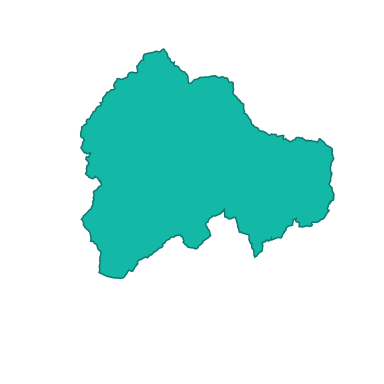 the district of Huong Son, Ha Tinh, Vietnam, rotated 30°
{"feature_id": "81297802B24299836434530", "entity_name": "Huong Son", "entity_type": "district", "adm_level": 2, "iso_a3": "VNM", "parent_name": "Vietnam", "parent_adm1": "Ha Tinh", "projection": "robinson", "projection_center": [105.339, 18.446], "detail": "fine", "context": "isolated", "style": "filled", "palette": "teal", "viewbox_px": 384, "rotation_deg": 30, "n_neighbors": 0, "source": "geoboundaries", "source_scale": "gbopen_adm2", "svg_char_len": 5948}
<svg xmlns="http://www.w3.org/2000/svg" viewBox="0 0 384 384"><g transform="rotate(30 192 192)"><path d="M315.4,122.5L312.9,120.9L311.0,118.2L309.5,118.0L306.8,116.8L306.5,116.1L306.8,115.1L306.5,114.6L306.5,112.7L305.7,112.0L304.7,109.5L304.3,106.9L303.7,106.9L303.3,105.3L302.5,105.6L301.6,104.6L299.5,101.6L299.1,99.5L298.1,97.3L298.0,94.8L298.3,93.6L297.8,91.8L296.6,91.3L294.8,89.1L294.1,89.3L293.4,87.1L292.5,86.7L292.8,85.6L291.6,84.5L290.2,84.1L284.7,84.3L281.2,82.9L279.7,82.5L279.0,82.7L276.8,81.9L275.8,82.1L275.9,86.3L273.8,86.4L271.3,87.6L269.3,87.8L268.3,89.0L266.2,89.3L266.1,90.6L261.3,90.3L260.2,89.9L259.5,91.1L257.6,91.2L255.6,92.3L255.0,92.9L255.0,94.3L254.2,96.4L253.5,96.8L252.2,99.4L251.4,99.7L250.3,99.1L248.2,99.6L246.5,98.8L245.8,100.2L244.6,100.7L244.2,100.2L243.5,97.5L242.7,97.3L237.8,101.5L236.0,100.1L233.9,101.4L231.7,102.1L231.3,103.0L231.0,104.4L226.3,103.7L224.6,103.7L223.7,104.0L222.9,103.9L221.8,104.6L219.5,105.3L217.7,104.0L216.7,103.7L214.2,104.2L213.2,104.2L211.4,103.4L210.0,103.6L206.8,100.4L203.5,99.4L202.9,98.6L200.1,97.4L197.6,97.5L197.0,95.7L195.1,94.2L192.8,90.1L189.3,90.0L188.0,88.9L187.2,89.0L186.5,88.5L186.1,88.9L185.5,88.8L183.9,87.7L178.4,86.5L177.3,84.4L176.8,82.4L175.0,80.5L173.2,77.0L172.5,76.7L170.9,77.2L169.5,78.4L168.9,78.4L166.2,76.0L165.2,75.8L163.5,76.8L160.5,76.9L158.7,79.3L156.2,79.8L154.5,79.6L151.9,81.1L150.1,82.7L149.2,83.9L146.7,85.5L145.7,85.8L144.7,87.1L142.1,88.3L141.2,89.4L140.8,90.7L139.8,92.1L138.0,93.3L136.8,98.2L135.2,99.2L134.5,99.1L133.2,97.8L130.8,94.2L129.0,92.9L125.5,91.7L123.9,92.3L120.5,92.1L117.1,90.2L113.5,91.3L112.8,91.0L111.7,88.4L111.0,89.8L108.1,89.6L106.0,87.4L104.0,87.6L101.8,85.0L99.9,83.9L98.0,83.5L96.7,82.4L96.1,82.4L95.1,83.3L94.1,87.0L90.6,87.9L88.1,91.1L87.0,91.7L82.5,95.8L81.9,96.6L81.8,97.4L82.4,100.2L83.5,100.9L84.0,101.8L82.4,103.1L81.8,107.9L81.9,109.2L81.3,110.7L84.3,114.3L84.8,115.0L84.9,116.0L82.3,117.7L80.6,117.9L78.2,119.9L77.9,122.4L78.6,124.5L78.4,125.1L75.0,129.6L71.5,130.6L70.6,131.2L71.0,133.9L70.4,136.0L70.8,138.5L71.2,139.3L73.4,140.7L73.6,141.6L72.5,142.9L70.9,143.9L70.1,147.0L68.3,148.5L68.9,150.0L67.8,155.0L68.2,156.3L69.2,157.2L69.5,158.7L68.8,160.0L67.9,160.7L69.7,161.5L69.8,162.3L67.5,165.8L67.2,168.0L67.5,168.4L67.6,169.9L67.4,170.7L66.2,172.0L66.8,173.9L66.4,175.4L66.6,178.0L66.9,179.4L66.5,180.2L65.1,181.3L64.8,182.1L65.2,183.9L66.5,185.0L66.7,185.8L66.0,186.3L65.1,188.1L64.6,190.0L64.0,190.9L65.6,193.8L65.8,195.6L67.6,199.2L68.5,199.8L70.6,199.8L72.6,200.7L72.6,203.8L73.8,206.8L73.5,208.5L73.8,209.3L79.3,211.9L79.9,211.0L81.8,211.5L83.3,210.3L83.9,209.2L84.9,209.1L84.7,210.5L85.0,213.4L84.8,213.9L83.2,214.1L83.0,214.5L83.3,215.5L83.6,216.6L86.8,217.5L88.9,219.5L87.8,221.5L88.6,222.9L88.7,224.4L89.5,225.1L90.3,226.8L90.9,227.2L90.9,228.0L90.4,228.9L90.7,229.3L91.4,229.8L94.1,229.9L94.9,230.7L99.1,230.3L99.8,229.9L100.2,227.1L101.1,227.6L102.5,226.9L103.4,227.0L103.8,227.1L104.4,228.0L106.0,228.5L106.7,229.1L107.3,228.3L108.7,230.0L110.1,230.8L110.0,232.2L108.8,233.7L108.5,235.1L108.4,237.7L106.9,239.8L106.6,240.7L107.0,241.8L108.6,243.4L109.1,244.4L109.4,245.2L109.4,246.7L110.8,247.4L111.0,248.4L110.7,249.7L112.5,252.3L112.5,255.2L113.3,257.0L112.5,258.0L111.9,259.9L111.4,263.1L110.0,267.0L110.3,268.7L109.9,271.0L110.5,271.0L113.3,272.7L114.4,274.7L115.0,275.3L115.8,275.3L116.7,276.0L120.2,277.1L121.1,276.9L122.4,277.6L123.6,277.8L127.7,282.4L128.8,285.3L129.8,285.1L130.3,284.5L131.4,284.3L132.5,284.5L132.9,285.2L136.3,285.3L137.3,286.8L139.5,288.6L143.3,289.5L144.2,291.8L145.1,295.1L146.0,296.2L146.6,297.9L147.7,299.0L149.2,303.4L150.4,304.1L151.1,306.3L151.7,307.1L151.8,308.2L160.8,307.5L168.4,305.0L170.6,303.6L173.4,302.5L175.5,300.4L176.2,296.1L176.2,291.4L179.5,290.7L180.2,290.2L180.2,285.4L180.5,284.3L180.4,282.9L180.9,281.4L179.7,279.8L179.8,278.7L180.7,276.5L181.6,276.2L183.3,272.8L185.0,271.3L186.3,271.3L187.0,268.7L186.9,267.5L188.4,266.8L188.9,263.8L190.6,260.7L191.5,257.5L193.3,255.4L193.8,253.9L193.6,253.1L192.4,251.9L193.9,250.0L193.8,248.2L194.3,246.3L196.1,244.2L196.1,242.7L197.2,240.8L198.8,240.2L199.4,239.1L199.4,238.0L200.3,237.8L200.8,237.0L202.9,235.5L203.9,235.2L204.9,236.0L205.5,235.6L206.7,235.8L207.6,237.1L208.7,237.6L209.3,238.3L209.5,240.2L210.5,240.2L212.3,240.9L214.1,240.9L215.1,241.6L216.2,241.7L219.3,240.7L221.7,239.5L222.3,239.8L224.2,239.1L225.0,237.2L224.7,236.1L225.0,234.6L225.8,233.3L226.5,230.9L226.6,229.9L226.2,228.9L228.9,223.7L229.9,220.3L228.8,219.7L228.5,219.1L226.5,217.0L223.2,215.4L222.3,214.6L221.5,214.5L220.3,213.5L219.6,211.8L220.8,210.1L220.3,208.0L220.5,205.7L221.2,204.8L222.3,202.1L224.2,201.1L227.7,196.3L228.7,190.1L229.6,192.8L230.9,194.0L232.8,197.1L235.4,196.4L236.2,196.9L237.7,196.7L239.2,195.5L240.8,193.3L242.3,192.3L245.2,194.8L245.6,195.6L247.6,197.2L249.2,199.6L250.5,200.2L253.0,203.0L253.8,203.0L254.2,202.1L256.0,202.4L263.0,200.6L265.2,204.8L268.2,207.1L269.4,206.8L269.5,207.5L270.0,207.8L271.7,210.5L274.6,211.6L277.5,215.9L279.1,217.0L279.4,215.7L280.0,215.3L280.5,211.0L281.0,210.4L281.0,209.8L282.0,208.8L282.1,207.7L279.8,202.5L278.2,201.0L279.2,199.4L280.4,198.4L280.4,197.7L280.0,197.3L280.1,196.8L281.1,196.5L282.0,195.7L282.6,196.4L283.0,195.8L284.2,194.1L284.0,192.7L284.8,193.7L285.1,193.6L288.8,188.7L289.4,188.1L291.4,187.7L292.0,187.1L292.3,185.8L291.7,183.5L292.1,180.8L291.6,180.2L292.5,178.5L291.6,175.9L292.7,173.0L293.9,172.3L295.6,170.4L293.6,165.5L295.5,163.0L295.6,164.4L296.4,165.3L297.9,165.6L299.6,164.8L300.3,165.1L301.5,167.3L302.1,167.8L302.1,168.4L305.5,166.9L308.0,164.2L309.5,163.3L310.6,163.2L312.1,162.2L312.7,160.3L311.1,159.4L311.0,158.8L311.4,158.0L315.7,155.4L316.8,153.7L317.3,151.9L319.4,149.2L319.5,143.0L320.0,139.4L318.4,139.5L317.6,138.6L316.5,133.7L317.3,133.1L316.3,131.3L317.3,131.0L317.4,129.8L318.4,128.5L318.4,128.2L317.8,126.2L317.2,125.9L316.6,125.0L316.7,123.9L315.4,122.5Z" fill="#14b8a6" stroke="#0f766e" stroke-width="1.5"/></g></svg>